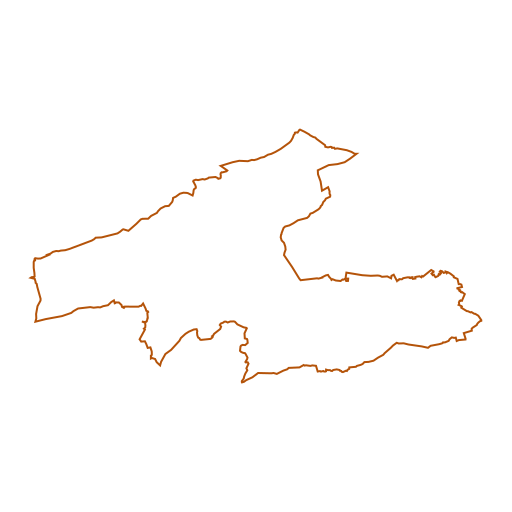 outline of Breznita-Motru, Mehedinti, Romania
{"feature_id": "2599482B41695775774863", "entity_name": "Breznita-Motru", "entity_type": "district", "adm_level": 2, "iso_a3": "ROU", "parent_name": "Romania", "parent_adm1": "Mehedinti", "projection": "albers", "projection_center": [23.242, 44.564], "detail": "fine", "context": "isolated", "style": "outline", "palette": "amber", "viewbox_px": 512, "rotation_deg": 0, "n_neighbors": 0, "source": "geoboundaries", "source_scale": "gbopen_adm2", "svg_char_len": 6082}
<svg xmlns="http://www.w3.org/2000/svg" viewBox="0 0 512 512"><path d="M465.6,338.8L463.8,333.1L471.8,330.7L471.6,328.9L472.5,327.8L476.8,325.0L477.2,323.9L478.3,322.6L480.0,321.2L481.3,320.8L481.3,320.1L478.3,315.7L475.2,313.8L474.3,313.8L471.5,312.1L470.5,312.4L467.9,311.2L466.8,311.1L461.3,307.7L461.9,306.5L461.6,306.2L458.7,304.9L459.2,304.4L458.9,302.4L459.6,300.9L460.2,301.0L460.6,300.4L461.9,300.8L464.8,294.1L462.1,292.1L461.4,292.4L460.8,292.1L460.6,291.2L459.5,291.0L459.3,290.5L459.7,290.0L458.6,289.5L458.5,288.7L456.6,288.3L462.0,287.0L461.4,284.6L460.2,284.1L458.7,284.1L457.5,278.9L453.8,277.3L453.8,276.3L450.3,273.6L447.8,272.2L446.9,273.1L446.5,271.9L445.5,271.5L445.4,272.5L443.7,272.9L442.0,271.2L440.5,270.8L439.8,271.7L440.7,272.5L441.0,273.2L439.9,274.5L438.9,273.9L438.6,274.3L438.9,274.9L438.2,275.9L435.6,277.2L435.0,276.7L433.9,274.7L432.8,275.2L431.5,273.6L433.6,271.9L433.6,271.4L431.2,270.0L423.1,276.5L422.1,276.0L421.4,277.3L419.6,276.3L416.8,276.7L415.2,277.1L415.4,278.5L412.8,278.9L412.5,278.5L412.5,277.2L411.4,277.3L410.7,278.1L409.9,278.0L410.0,277.5L409.4,277.3L407.7,277.3L403.1,278.2L402.3,279.1L401.6,279.3L399.3,279.1L398.5,280.3L397.6,280.2L397.0,281.0L393.7,274.7L391.5,275.8L391.1,278.3L387.3,276.4L382.0,276.8L379.8,275.8L377.8,275.5L370.8,275.8L362.2,275.2L346.4,272.6L345.5,278.6L348.2,278.6L348.0,280.9L346.2,281.0L345.2,278.7L343.4,279.7L342.5,279.5L340.6,281.0L335.8,280.5L332.5,279.2L331.5,279.9L331.0,278.8L329.1,276.8L328.0,274.9L325.8,275.4L322.1,277.3L322.2,277.6L318.5,278.6L317.0,278.3L300.6,280.2L299.2,278.5L292.1,267.0L284.0,255.1L284.5,252.7L285.6,249.7L285.3,246.6L284.0,242.8L281.6,240.4L280.7,237.3L281.1,234.6L281.5,234.1L281.6,233.1L283.6,227.9L285.2,226.5L289.4,225.4L293.5,223.2L297.9,220.3L307.1,217.9L308.9,216.3L310.4,213.6L312.7,212.9L318.2,209.5L319.5,208.4L320.5,207.1L320.7,206.2L322.1,204.9L323.3,202.0L325.0,200.3L325.8,198.7L330.1,196.7L330.3,195.1L329.7,194.1L329.5,193.0L329.6,191.3L328.1,187.2L322.0,190.7L320.6,181.5L318.0,174.3L317.8,170.3L328.7,165.1L337.5,164.1L344.7,162.2L350.0,158.7L356.5,153.8L354.7,153.8L351.5,151.9L346.8,150.2L337.3,148.4L334.9,148.8L334.1,147.7L332.0,147.9L331.7,147.1L330.7,146.8L328.0,147.4L325.3,146.8L325.1,145.2L316.4,138.8L315.4,137.6L313.3,137.0L310.1,135.3L309.0,134.3L304.4,131.7L300.0,129.6L299.4,129.9L297.6,132.6L296.1,132.4L294.9,132.7L294.8,133.8L293.8,134.9L292.7,137.9L291.0,140.9L289.4,142.6L280.7,148.9L275.3,152.0L271.2,153.9L268.0,154.7L264.1,157.0L260.7,157.7L257.1,159.3L254.1,160.1L251.8,159.9L247.9,161.2L239.2,160.8L232.7,162.2L220.7,165.9L227.3,170.5L226.5,171.3L222.4,172.4L221.6,172.3L220.7,173.2L220.5,174.4L220.8,175.3L220.7,177.7L220.2,178.3L218.3,178.8L217.8,178.1L215.5,177.0L208.8,177.6L207.8,178.4L204.7,179.5L202.6,179.1L198.1,180.1L195.8,179.7L193.5,180.6L193.2,181.4L195.3,185.2L195.9,187.1L195.6,188.2L194.5,188.8L193.9,189.5L193.6,190.5L193.3,193.1L192.6,195.5L187.8,193.1L186.6,192.9L183.5,192.7L179.9,193.7L175.8,196.7L173.1,197.9L172.7,200.5L172.2,201.9L168.8,205.9L165.1,206.2L160.6,208.5L158.0,211.2L156.9,212.9L151.1,215.9L148.2,218.7L142.5,218.8L140.8,219.4L136.4,223.8L128.4,230.8L123.4,229.3L122.7,229.5L120.1,231.7L117.5,233.4L101.6,237.4L95.7,237.7L94.1,239.2L91.7,240.6L69.3,249.0L65.2,250.2L60.8,250.6L58.6,251.2L56.2,251.0L52.9,251.9L50.5,253.6L47.7,254.6L48.6,255.0L40.6,258.5L37.9,258.6L35.2,258.2L34.5,259.1L35.1,259.8L35.1,260.4L34.0,261.0L33.7,262.0L33.7,267.9L34.4,272.9L34.6,276.5L34.1,276.9L31.6,277.2L30.7,277.8L34.7,278.8L35.6,281.8L35.6,282.8L36.7,283.9L37.3,287.0L40.6,298.8L40.5,300.6L37.5,306.2L36.1,314.0L36.3,318.4L35.4,321.7L45.7,319.1L62.0,316.1L71.3,312.9L73.5,311.1L78.1,308.5L90.3,307.1L93.6,307.7L98.0,307.2L100.2,307.4L103.1,306.2L108.0,305.2L111.2,302.1L113.9,300.4L114.7,303.3L115.3,303.1L115.5,302.4L118.9,302.5L121.5,305.0L122.0,306.9L123.9,307.9L124.5,307.1L124.2,306.7L124.7,306.6L138.5,306.7L140.3,305.8L141.2,305.9L143.1,303.5L145.6,308.6L146.3,310.8L147.9,311.4L148.2,312.0L147.3,312.9L147.8,318.0L147.4,318.3L147.3,319.7L146.8,320.5L146.8,321.3L146.3,321.8L144.2,322.0L141.9,321.5L144.8,322.6L145.2,323.3L145.4,325.6L145.2,327.5L143.9,328.7L144.9,329.6L139.6,339.3L141.2,341.6L144.9,341.3L146.2,343.9L147.7,347.9L150.4,347.4L151.7,351.3L151.8,353.0L151.8,354.7L151.4,355.6L150.9,355.7L150.9,358.5L151.9,358.0L155.1,359.0L156.7,362.2L160.1,365.4L161.1,361.8L165.4,354.0L171.1,349.9L179.4,340.8L180.9,338.0L185.5,333.8L188.8,331.7L193.8,329.5L196.6,329.2L197.3,331.1L197.0,332.4L197.3,335.3L198.0,337.2L198.4,337.8L199.3,338.1L200.1,339.6L201.0,339.9L210.6,338.9L212.3,337.5L212.7,336.9L212.1,336.2L213.2,335.4L214.1,333.8L220.2,329.0L221.1,326.6L219.8,325.0L220.7,323.6L223.4,322.5L224.3,321.7L225.9,321.6L227.7,322.5L230.2,321.5L233.9,321.4L235.0,321.8L237.4,324.4L243.6,327.3L246.5,327.9L246.8,328.3L244.5,333.3L244.8,338.4L247.0,339.0L247.4,340.0L247.7,342.9L245.2,345.1L242.5,344.9L241.0,345.7L240.5,346.5L240.0,350.8L241.2,352.0L243.3,352.9L244.9,353.1L245.6,354.0L247.5,357.6L247.1,359.1L245.4,362.0L245.7,362.4L247.7,362.3L248.5,363.7L246.4,368.3L247.3,370.3L245.3,373.6L244.1,376.7L243.7,378.6L241.9,381.0L241.8,381.9L242.0,382.4L244.0,381.8L246.1,380.2L252.4,377.3L258.1,373.0L271.3,373.3L273.6,373.0L276.8,373.9L283.4,370.6L287.2,369.3L288.7,367.9L299.5,367.4L303.7,365.0L304.6,365.6L306.0,365.3L310.5,365.9L312.3,365.4L316.0,365.8L317.7,371.5L320.0,371.1L320.9,371.6L323.3,371.0L324.0,371.5L325.6,371.5L326.0,371.3L326.1,369.6L327.7,370.1L330.0,370.1L330.9,370.8L332.1,371.0L333.2,370.0L336.7,369.4L339.6,370.0L339.9,370.7L341.3,371.0L341.7,371.8L342.9,372.1L346.0,370.7L346.9,371.0L347.7,369.7L349.2,368.9L349.3,367.4L355.9,366.8L356.9,365.9L360.6,364.9L362.6,364.0L364.4,362.1L368.5,361.9L373.5,360.7L378.1,357.6L383.3,354.8L384.6,353.2L390.9,347.7L392.9,345.6L396.7,342.8L398.8,343.5L403.7,343.3L408.5,344.5L421.7,346.4L428.0,347.8L430.6,345.8L439.1,344.2L441.6,343.5L442.6,343.1L443.0,342.4L444.9,342.4L448.6,340.9L449.6,339.2L451.8,337.4L454.2,337.9L455.8,337.6L456.7,341.0L458.8,340.1L465.5,339.5L465.6,338.8Z" fill="none" stroke="#b45309" stroke-width="2"/></svg>